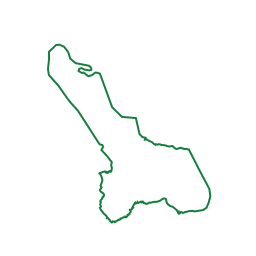 Kota Solok, Sumatera Barat, Indonesia (Robinson projection), rotated 74°
{"feature_id": "22746128B30699524960223", "entity_name": "Kota Solok", "entity_type": "district", "adm_level": 2, "iso_a3": "IDN", "parent_name": "Indonesia", "parent_adm1": "Sumatera Barat", "projection": "robinson", "projection_center": [100.652, -0.779], "detail": "fine", "context": "isolated", "style": "outline", "palette": "green", "viewbox_px": 256, "rotation_deg": 74, "n_neighbors": 0, "source": "geoboundaries", "source_scale": "gbopen_adm2", "svg_char_len": 4166}
<svg xmlns="http://www.w3.org/2000/svg" viewBox="0 0 256 256"><g transform="rotate(74 128 128)"><path d="M33.0,183.0L40.0,184.9L49.4,188.7L54.2,189.3L55.4,189.4L58.9,187.7L68.0,183.3L82.7,178.2L84.2,177.6L87.7,176.2L97.5,171.4L123.9,163.4L125.4,163.0L135.8,159.8L137.4,157.3L139.2,157.1L141.8,159.6L145.0,158.0L149.2,155.9L156.4,153.0L159.4,154.5L162.0,154.5L164.4,155.7L165.2,156.1L165.2,156.7L165.3,157.0L165.0,157.4L164.5,157.4L164.4,157.4L164.4,158.3L164.9,158.8L165.4,159.6L165.6,160.2L165.4,160.6L165.1,160.8L164.8,160.4L164.7,160.1L164.4,160.4L164.7,161.3L164.6,161.6L164.4,161.6L163.5,161.8L163.3,162.3L163.4,163.4L163.4,163.5L163.2,164.2L163.2,164.4L163.4,164.9L163.4,165.4L163.5,165.7L163.7,166.6L163.5,167.3L163.8,168.0L165.1,167.3L167.2,166.9L171.3,167.0L173.6,168.6L175.7,170.2L176.8,170.2L177.8,169.8L178.1,170.3L178.6,170.5L179.4,171.6L179.7,172.0L180.3,172.1L181.6,171.8L183.7,170.0L183.9,169.9L184.6,169.6L185.9,169.4L186.6,170.1L187.3,171.3L187.5,171.1L187.7,171.6L188.4,172.0L188.6,172.2L189.2,172.8L189.6,173.7L190.2,174.4L190.9,174.9L191.7,174.5L193.8,175.8L195.8,175.6L196.5,176.2L197.0,177.0L197.4,176.9L198.3,176.8L198.8,176.7L200.6,176.1L201.4,175.7L204.1,174.6L205.9,173.3L208.3,172.6L208.9,173.1L209.0,172.8L209.2,172.1L210.2,171.6L210.6,171.5L210.9,171.2L211.4,171.0L211.9,170.9L212.2,170.6L212.6,170.7L212.8,170.7L214.2,169.8L214.4,169.6L213.5,168.2L214.0,167.3L214.2,167.0L214.8,166.9L214.9,166.6L214.8,166.0L214.5,165.5L214.3,164.6L214.0,163.5L213.7,163.1L213.6,162.8L213.8,162.7L213.8,161.7L213.7,161.4L213.7,160.6L212.9,160.1L213.1,159.6L213.1,159.0L213.0,158.5L212.8,158.1L212.7,157.4L212.8,156.7L212.2,155.6L212.2,155.3L212.4,155.1L213.1,155.1L213.2,154.8L213.1,154.7L213.2,154.1L213.0,153.8L212.1,152.4L211.9,152.1L211.6,151.9L211.3,152.0L211.3,151.7L211.2,151.3L211.4,150.7L211.3,150.4L211.2,150.2L210.6,150.1L210.2,149.9L209.9,149.5L209.7,148.9L209.1,148.4L208.8,148.3L208.3,148.2L207.3,148.9L207.1,148.8L207.2,148.5L207.6,148.0L207.6,147.9L207.2,147.3L207.1,147.0L206.9,146.6L206.9,146.2L206.6,146.0L206.3,145.9L206.2,145.4L206.0,145.1L205.5,145.6L205.0,145.1L202.6,142.6L202.5,142.0L201.9,142.1L201.7,141.7L202.7,141.5L202.7,140.9L202.4,140.1L202.3,139.6L202.0,139.4L202.7,139.2L202.9,139.0L202.8,138.1L202.6,137.8L202.7,137.2L202.3,136.0L202.5,135.4L202.9,135.5L203.0,135.8L203.3,135.6L203.2,134.8L203.1,134.3L202.9,134.0L203.7,133.6L204.2,133.7L204.7,133.1L204.8,132.6L205.3,132.3L205.7,131.5L206.1,131.0L206.2,130.4L205.5,128.0L206.1,126.9L206.1,124.2L206.4,122.5L206.8,120.9L206.9,118.9L206.7,117.7L206.7,116.8L206.0,115.3L205.7,114.4L205.6,112.7L206.4,111.5L207.1,111.0L208.2,111.3L208.9,111.3L211.1,111.2L212.0,110.8L213.1,110.2L214.6,108.9L215.0,108.2L216.4,106.4L219.2,104.6L220.1,103.9L220.9,103.6L221.3,103.6L221.6,103.6L222.2,102.3L222.4,102.4L222.5,102.5L222.6,103.0L222.9,103.2L224.1,103.1L224.3,102.9L224.4,102.5L224.5,102.2L224.4,101.9L224.2,101.7L223.9,101.1L223.7,100.9L223.4,100.5L223.3,100.1L223.7,99.7L224.3,99.2L224.8,98.7L224.7,98.3L224.8,98.2L224.7,96.8L224.4,96.1L224.7,94.8L224.7,92.5L225.2,90.4L225.2,90.0L225.3,89.8L225.6,88.3L226.5,87.3L227.1,82.2L227.6,78.5L227.5,78.2L227.1,77.1L226.3,74.5L224.8,73.3L222.1,71.1L216.3,67.7L209.0,66.6L202.6,67.9L200.4,68.4L194.9,69.6L189.8,70.6L188.2,71.0L178.3,72.9L165.5,75.4L165.5,75.5L164.7,76.8L164.4,77.2L164.1,77.7L164.1,78.1L163.8,79.0L163.7,79.8L163.5,80.1L163.0,80.5L162.6,81.5L161.7,82.3L161.7,82.8L161.4,83.6L161.7,86.2L161.5,87.3L161.1,88.0L157.9,90.0L157.4,90.7L157.2,93.3L157.1,93.7L156.8,94.0L156.6,94.6L156.1,95.6L155.5,96.0L155.1,97.0L154.3,98.2L153.5,100.8L153.3,101.0L152.7,101.4L152.5,102.0L152.1,102.5L152.0,103.0L152.2,104.0L152.1,104.5L151.2,105.7L151.7,106.3L150.6,107.4L148.2,108.8L146.6,110.9L145.6,111.8L143.9,113.3L143.9,114.9L142.2,113.8L140.8,116.6L139.3,117.4L137.0,118.6L120.6,117.7L115.7,130.7L103.7,137.5L68.1,140.0L66.7,141.8L65.7,144.1L67.3,148.2L67.3,151.9L64.8,153.7L62.4,155.5L62.4,157.1L59.6,159.8L57.8,158.7L57.6,156.2L59.8,153.9L62.0,149.1L62.0,147.3L60.4,146.8L57.6,148.0L51.2,160.5L46.8,163.4L45.4,164.4L38.4,164.6L32.2,167.1L29.0,171.0L28.4,174.2L33.0,183.0Z" fill="none" stroke="#15803d" stroke-width="2"/></g></svg>